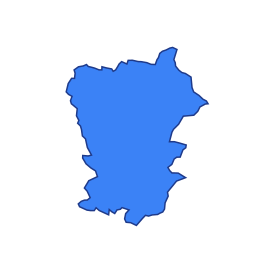 Toropi, Rio Grande do Sul, Brazil (Natural Earth projection), rotated 113°
{"feature_id": "56859067B18993584825810", "entity_name": "Toropi", "entity_type": "district", "adm_level": 2, "iso_a3": "BRA", "parent_name": "Brazil", "parent_adm1": "Rio Grande do Sul", "projection": "natural_earth1", "projection_center": [-54.3, -29.476], "detail": "fine", "context": "isolated", "style": "filled", "palette": "blue", "viewbox_px": 256, "rotation_deg": 113, "n_neighbors": 0, "source": "geoboundaries", "source_scale": "gbopen_adm2", "svg_char_len": 1711}
<svg xmlns="http://www.w3.org/2000/svg" viewBox="0 0 256 256"><g transform="rotate(113 128 128)"><path d="M36.6,113.6L36.4,118.4L38.1,120.7L41.3,123.4L43.9,126.3L46.9,127.9L51.3,127.5L53.8,128.0L58.9,127.7L60.4,131.7L60.5,136.2L61.8,141.8L62.9,144.7L63.9,150.3L65.7,154.3L69.5,154.0L69.4,159.8L72.6,161.2L75.6,161.5L79.4,162.1L81.6,163.8L80.0,166.1L81.1,171.2L81.8,175.9L84.7,174.8L85.8,177.4L85.9,182.0L86.3,185.1L86.9,188.6L85.8,191.0L88.4,193.5L91.0,197.5L95.6,200.3L98.2,198.1L103.2,196.6L104.3,199.3L110.4,200.4L118.9,199.0L120.3,195.9L120.7,191.9L125.4,191.6L127.8,189.6L130.0,182.3L136.9,180.2L140.2,176.2L143.3,176.2L144.7,172.6L147.6,170.2L153.1,166.9L154.6,162.9L161.8,157.8L167.2,151.0L169.3,153.7L171.0,158.9L173.4,158.0L177.4,152.6L179.3,146.5L180.2,141.1L184.7,137.1L191.8,143.5L200.3,144.7L202.1,140.9L206.9,135.6L210.2,137.3L211.5,140.0L213.8,142.4L217.3,144.1L219.4,141.8L219.6,133.7L218.6,130.0L217.2,126.8L213.9,126.2L215.2,122.2L215.5,111.9L210.4,113.4L211.5,110.0L211.9,106.8L207.7,106.1L205.8,103.3L203.6,102.4L203.0,95.1L207.7,96.7L213.0,95.6L215.5,92.9L214.1,88.5L214.4,82.2L205.5,79.3L201.6,77.8L201.0,74.6L198.6,71.8L196.0,66.9L194.0,65.4L191.7,63.2L188.4,62.7L182.4,64.6L175.0,64.4L171.6,66.6L168.2,65.6L157.9,62.6L151.2,55.6L149.9,64.1L150.9,66.8L152.2,70.0L150.9,73.0L148.7,75.9L144.3,73.4L138.5,73.4L135.8,71.7L134.4,68.6L126.7,68.9L123.6,67.1L120.9,67.8L121.7,74.6L122.5,80.0L124.4,84.5L114.7,85.9L111.4,85.6L104.8,82.9L95.5,81.7L90.5,72.4L85.4,70.3L80.5,70.0L75.8,66.3L74.4,63.8L72.5,66.4L72.2,70.3L70.3,75.3L69.1,81.7L65.7,84.9L56.5,89.9L55.4,96.4L55.9,100.1L54.9,103.8L52.4,108.4L49.5,110.0L47.1,112.5L36.6,113.6Z" fill="#3b82f6" stroke="#1e3a8a" stroke-width="1.5"/></g></svg>